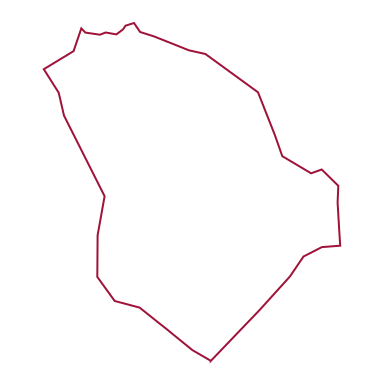 the district of Delgerxaan, Töv, Mongolia
{"feature_id": "93677404B23816773635659", "entity_name": "Delgerxaan", "entity_type": "district", "adm_level": 2, "iso_a3": "MNG", "parent_name": "Mongolia", "parent_adm1": "Töv", "projection": "mercator", "projection_center": [104.591, 46.68], "detail": "fine", "context": "isolated", "style": "outline", "palette": "rose", "viewbox_px": 384, "rotation_deg": 0, "n_neighbors": 0, "source": "geoboundaries", "source_scale": "gbopen_adm2", "svg_char_len": 616}
<svg xmlns="http://www.w3.org/2000/svg" viewBox="0 0 384 384"><path d="M210.7,360.9L210.7,361.0L259.6,310.0L290.0,276.4L303.5,256.5L321.9,247.1L340.2,245.7L339.2,229.9L337.6,202.6L338.3,185.8L321.7,169.5L311.1,173.3L282.3,156.2L274.8,134.9L258.0,92.3L205.4,54.0L188.9,50.3L153.7,36.3L140.1,32.0L134.0,23.0L125.5,25.7L123.1,29.3L116.4,34.4L105.6,32.5L99.9,34.7L85.4,32.6L81.4,28.5L81.3,28.4L73.6,51.1L43.8,69.2L58.7,92.7L64.0,115.6L104.6,196.2L97.6,235.4L97.3,276.9L114.7,301.0L139.6,307.6L159.5,323.5L166.9,329.3L172.2,333.7L192.5,350.2L210.8,360.8L210.7,360.9Z" fill="none" stroke="#9f1239" stroke-width="2"/></svg>